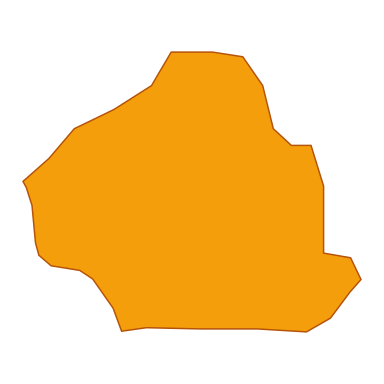 the Statistical Region of Centar župa
{"feature_id": "MKD-2951", "entity_name": "Centar župa", "entity_type": "Statistical Region", "adm_level": 1, "iso_a3": "MKD", "parent_name": "North Macedonia", "parent_adm1": "", "projection": "albers", "projection_center": [20.577, 41.464], "detail": "fine", "context": "isolated", "style": "filled", "palette": "amber", "viewbox_px": 384, "rotation_deg": 0, "n_neighbors": 0, "source": "natural_earth", "source_scale": "10m", "svg_char_len": 513}
<svg xmlns="http://www.w3.org/2000/svg" viewBox="0 0 384 384"><path d="M121.6,331.2L113.1,308.2L92.7,279.0L79.7,270.4L51.1,265.8L38.9,255.3L35.5,242.9L32.0,205.5L26.4,187.8L23.0,181.4L48.9,158.5L74.3,128.7L113.9,109.5L151.5,85.6L171.2,52.1L212.5,52.1L242.8,56.8L262.7,85.6L273.3,128.7L291.3,145.4L311.0,145.4L323.6,186.1L323.6,221.9L323.6,253.1L350.6,257.8L361.0,279.5L350.0,292.0L330.5,318.1L306.5,331.9L256.9,328.9L199.6,328.9L146.5,327.7L121.6,331.2Z" fill="#f59e0b" stroke="#b45309" stroke-width="1.5"/></svg>